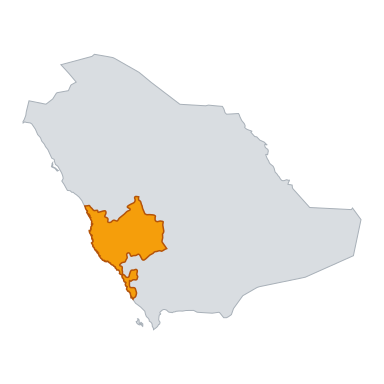 Makkah highlighted on a map of Saudi Arabia
{"feature_id": "SAU-888", "entity_name": "Makkah", "entity_type": "Region", "adm_level": 1, "iso_a3": "SAU", "parent_name": "Saudi Arabia", "parent_adm1": "", "projection": "albers", "projection_center": [40.65, 21.044], "detail": "fine", "context": "in_parent", "style": "filled", "palette": "amber", "viewbox_px": 384, "rotation_deg": 0, "n_neighbors": 0, "source": "natural_earth", "source_scale": "10m", "svg_char_len": 9346}
<svg xmlns="http://www.w3.org/2000/svg" viewBox="0 0 384 384"><path d="M305.3,277.2L259.4,286.7L257.0,287.5L242.8,295.7L233.5,308.6L231.4,314.6L230.2,315.5L228.3,316.8L226.5,317.7L223.7,317.7L220.2,313.3L219.3,312.4L218.5,312.3L212.3,313.2L199.3,312.4L197.1,312.2L194.2,310.7L193.5,310.4L192.7,310.4L186.0,310.5L182.6,311.1L179.4,311.0L176.1,311.3L174.9,311.9L173.6,311.9L172.8,312.4L172.1,312.7L171.2,312.3L170.2,312.4L168.6,312.0L167.6,311.1L166.7,310.2L165.7,309.8L164.6,309.5L163.6,309.5L162.4,310.0L161.7,310.6L159.9,312.3L159.8,312.9L160.7,313.9L160.4,314.4L159.3,315.0L159.0,316.6L158.9,317.5L158.7,319.7L159.3,321.3L159.9,321.9L160.0,322.6L159.6,324.1L158.6,324.5L157.9,325.9L157.4,326.5L156.7,327.3L153.5,329.7L153.4,328.3L152.3,326.3L152.2,324.8L151.8,323.3L150.9,322.2L149.3,321.1L149.1,319.5L147.9,317.9L146.4,316.6L145.5,314.3L144.8,311.2L140.7,307.1L135.6,303.3L134.1,301.2L131.5,296.9L130.2,293.4L126.9,289.5L126.7,287.9L126.2,286.1L125.4,284.0L124.9,282.4L121.6,275.2L120.5,274.1L119.5,272.5L119.3,271.2L119.0,270.6L116.6,269.4L114.4,266.4L107.8,261.6L104.6,261.1L102.0,259.4L100.2,257.1L98.2,253.2L94.7,249.0L91.7,243.1L92.7,241.0L92.6,239.4L91.8,236.9L90.8,234.9L90.1,233.0L90.7,230.4L90.9,227.4L91.5,225.8L92.0,224.1L91.4,220.6L90.5,218.7L90.6,217.4L89.5,216.8L88.6,215.4L89.5,215.5L87.9,213.6L87.2,212.5L86.6,209.9L85.8,208.0L83.2,203.5L82.0,200.8L79.2,197.2L76.2,194.6L74.3,193.4L73.4,192.3L71.8,192.3L70.1,190.7L68.9,190.6L67.4,190.4L65.7,187.4L64.2,184.6L61.8,181.0L62.4,180.1L63.2,178.5L62.9,176.6L62.5,175.2L61.5,172.7L58.0,166.5L57.0,165.6L55.5,164.5L54.6,161.8L54.2,159.4L51.8,158.2L47.8,149.5L45.4,146.5L44.5,144.4L41.7,141.0L40.5,137.7L37.7,134.6L35.4,129.2L31.8,123.9L30.2,122.9L26.3,122.4L24.7,121.9L23.1,123.0L23.0,121.6L24.2,119.6L25.8,115.4L26.3,111.7L29.0,100.8L45.4,104.1L46.2,104.0L52.7,99.0L56.3,93.3L57.1,92.7L68.2,90.7L68.5,90.4L70.8,85.3L71.1,85.0L71.4,84.7L76.2,82.1L68.7,73.2L60.9,64.7L91.6,56.5L92.1,56.3L94.4,54.3L107.7,56.6L112.9,57.6L114.6,58.4L139.0,72.3L151.1,82.3L179.8,104.2L180.2,104.3L205.7,105.8L208.4,105.1L215.4,105.8L222.4,106.4L223.9,109.0L224.5,110.9L225.0,112.6L226.5,114.2L232.3,113.9L238.5,113.5L239.4,115.1L239.9,116.7L241.7,120.5L244.1,123.4L244.7,124.5L245.2,126.1L244.8,126.8L244.7,127.5L246.5,129.1L249.4,130.3L250.5,130.6L251.8,131.2L250.9,132.2L252.7,134.3L254.7,136.5L256.8,136.9L259.8,140.1L264.2,142.1L266.9,144.8L266.7,144.9L265.9,144.7L265.0,144.3L264.7,144.7L264.8,145.9L265.2,147.3L266.5,148.5L267.8,149.3L268.3,151.0L267.6,154.7L267.3,154.7L266.7,154.4L266.0,154.4L265.7,154.6L266.6,157.2L267.5,159.1L268.5,160.6L269.4,162.9L270.2,163.9L273.1,166.2L274.1,168.2L275.1,172.0L277.0,174.0L278.0,175.6L279.3,177.0L280.3,178.8L281.5,180.2L282.2,180.6L283.1,180.7L284.2,180.6L285.5,180.1L286.9,179.7L288.1,180.3L289.3,180.1L289.4,180.8L288.7,181.8L287.9,184.3L289.3,184.6L290.6,184.7L291.6,185.0L292.1,185.0L292.2,185.5L292.4,187.7L292.8,188.6L309.7,207.5L351.3,209.6L351.5,209.5L352.5,208.0L361.0,219.6L353.4,255.7L305.3,277.2ZM139.8,323.8L141.1,323.9L140.5,323.4L140.4,323.1L141.0,322.3L142.8,323.9L142.8,325.9L142.7,326.4L142.1,325.9L141.8,325.5L141.7,325.1L141.2,324.6L139.4,324.9L138.2,324.4L136.6,322.8L136.2,321.6L136.9,321.3L137.6,320.8L138.0,319.8L137.6,318.8L138.5,319.0L139.1,320.0L139.2,322.3L139.3,322.7L139.1,323.3L139.8,323.8ZM57.6,171.0L57.1,171.0L56.1,169.8L55.4,168.9L54.8,168.3L51.8,167.0L51.4,166.3L51.8,165.5L52.2,166.3L52.7,166.7L55.2,167.9L57.9,170.3L58.4,170.5L57.6,171.0ZM52.8,165.1L52.7,165.3L52.0,164.7L52.1,163.4L52.7,162.6L52.6,163.7L52.9,164.7L52.8,165.1Z" fill="#d9dde1" stroke="#a8b0b8" stroke-width="1"/><path d="M133.0,299.2L132.7,298.8L132.6,298.5L132.3,298.3L132.4,298.0L131.8,297.9L132.0,297.7L131.7,297.4L131.3,297.4L131.5,297.1L131.5,296.9L131.4,296.8L131.5,296.6L131.4,296.5L130.9,296.5L130.9,295.9L130.6,295.1L130.4,294.2L130.3,293.2L130.0,292.9L129.9,292.5L129.2,292.0L129.0,291.4L128.5,291.1L128.2,291.3L127.6,291.0L127.0,289.8L126.5,289.1L126.6,288.6L127.2,286.7L126.6,286.3L125.9,286.1L125.7,285.4L125.3,284.9L125.3,284.6L125.6,283.8L125.7,283.1L125.9,282.6L125.8,282.4L125.5,282.2L124.4,281.8L124.2,281.6L123.7,280.6L123.8,280.0L123.6,279.2L123.3,279.0L123.2,278.5L123.0,278.3L122.3,277.8L122.3,277.4L122.1,277.1L122.0,276.5L122.0,276.3L122.3,275.8L122.2,275.7L122.1,275.0L120.3,274.2L119.4,273.4L119.0,273.1L119.6,273.3L119.7,272.6L119.6,271.7L119.5,271.3L118.8,270.2L118.4,270.0L117.3,269.9L117.1,270.1L117.3,270.5L117.1,270.3L116.8,269.9L116.7,269.4L115.8,268.3L115.2,267.8L115.4,267.3L115.3,266.9L115.1,266.8L113.8,266.1L113.7,265.9L113.4,265.7L113.0,265.1L112.0,264.9L111.7,264.7L110.9,264.1L110.3,263.4L110.4,263.1L110.1,262.9L109.2,262.7L108.6,262.0L108.6,261.9L107.9,261.3L107.6,261.2L107.2,261.2L106.5,261.4L106.4,261.6L104.9,260.8L105.0,261.2L105.6,261.6L105.2,261.6L103.4,260.4L102.5,260.1L102.3,259.5L100.7,258.1L99.7,256.5L99.4,256.2L99.7,256.1L99.9,255.9L99.4,255.7L99.0,255.3L98.7,254.4L98.2,253.8L98.1,253.5L98.4,253.1L97.6,252.8L97.7,253.1L98.0,253.2L97.6,253.1L97.3,252.9L97.1,252.6L97.2,252.3L97.0,252.2L97.1,251.9L97.3,252.1L97.6,252.2L97.5,251.6L97.2,251.6L97.0,251.3L96.9,251.3L96.8,251.6L96.0,251.0L95.7,250.6L95.7,250.2L96.0,250.4L96.0,250.1L95.9,250.0L95.5,249.8L95.0,249.9L94.5,248.9L94.4,248.2L94.1,247.9L94.1,247.5L93.0,246.7L92.7,245.6L93.0,245.2L92.3,244.0L92.0,243.9L91.5,243.0L92.8,241.9L93.0,241.5L93.0,240.9L92.9,240.4L92.7,240.1L92.9,239.9L92.8,239.6L92.6,239.1L92.4,239.4L92.2,239.5L91.9,238.9L92.0,238.8L91.8,238.4L91.7,236.9L91.5,236.4L91.6,236.1L92.0,235.9L92.1,235.4L91.9,235.2L91.7,235.7L91.4,235.8L91.3,235.4L90.9,235.1L90.8,234.5L90.6,234.3L90.0,233.4L89.5,232.3L89.2,230.8L89.2,230.5L89.7,230.4L90.1,230.9L90.4,230.9L90.5,230.0L90.9,229.7L91.1,228.7L91.1,228.3L90.8,228.9L90.7,228.7L90.9,228.0L90.9,227.3L91.0,226.8L91.6,226.2L91.7,225.5L92.2,225.0L92.4,224.5L92.7,224.1L92.7,223.9L92.5,223.6L92.3,223.6L91.9,224.5L91.5,224.5L91.5,224.0L91.7,223.3L91.6,222.4L91.8,221.4L91.6,220.9L91.1,220.0L90.2,218.2L90.3,218.0L90.7,217.6L89.6,216.4L89.9,217.0L90.1,217.7L90.0,217.8L89.3,216.6L88.9,216.1L88.1,214.6L88.1,214.4L88.6,214.6L89.1,215.8L89.5,216.0L89.9,215.7L89.5,214.9L89.1,214.6L88.8,214.0L87.8,213.6L87.5,213.7L87.3,213.4L86.9,212.6L87.1,212.5L87.4,212.0L87.3,210.7L87.1,210.6L86.9,210.9L86.2,209.5L85.9,209.2L85.4,208.0L85.3,207.2L84.9,206.3L84.8,206.0L87.4,205.8L89.0,205.5L89.4,205.6L89.7,205.9L90.4,207.0L91.9,208.4L93.1,209.9L93.5,210.2L93.9,210.5L94.4,210.6L96.8,210.3L97.3,210.3L97.6,210.5L97.9,211.8L98.0,212.1L98.4,212.3L99.6,212.0L103.1,211.0L104.6,210.8L105.3,210.9L105.6,211.2L105.8,211.5L105.9,212.1L106.0,212.7L105.8,213.8L104.8,215.9L104.8,216.3L104.8,216.6L105.0,216.9L106.9,217.7L107.5,218.2L107.8,218.5L107.9,218.9L108.0,219.6L107.7,221.4L107.8,221.8L108.0,222.1L108.4,222.3L109.4,222.5L110.1,222.4L110.6,222.3L111.0,222.1L112.6,220.7L113.3,220.3L113.8,220.2L114.2,220.2L116.7,221.0L117.1,221.0L117.4,220.8L117.9,220.3L119.0,218.5L119.7,217.8L124.3,214.1L126.5,211.9L127.4,211.2L129.7,210.2L130.0,209.9L130.2,209.4L130.1,209.0L129.8,208.7L127.7,207.5L127.4,207.2L127.3,206.9L127.5,206.4L128.0,205.9L128.7,205.4L130.8,204.2L133.6,202.9L134.4,202.2L134.8,201.5L135.1,200.6L135.1,199.5L134.6,198.0L134.6,197.6L134.7,197.3L134.9,196.9L135.6,196.5L136.6,196.5L138.7,196.8L138.5,198.4L138.6,199.5L138.7,199.9L139.1,200.3L140.0,200.9L140.3,201.2L140.7,201.8L141.5,204.6L142.1,205.9L142.6,208.4L144.7,213.4L145.1,213.9L145.5,214.1L146.2,214.5L147.1,214.7L149.6,214.6L153.1,214.9L154.3,215.2L155.1,215.7L155.4,216.1L155.4,216.5L155.1,217.5L155.1,219.8L155.2,220.2L155.6,220.8L155.9,221.2L156.3,221.4L157.4,221.7L159.7,221.1L160.4,221.0L162.7,221.4L163.0,221.6L163.2,221.9L162.8,224.5L162.8,225.3L163.8,231.1L163.7,231.5L163.7,231.8L163.5,232.6L162.6,233.9L162.5,234.2L162.7,237.5L162.6,238.3L162.0,240.9L162.0,241.6L162.3,242.3L166.7,248.6L165.0,249.3L162.4,250.9L161.8,251.1L161.4,251.2L160.3,250.8L159.4,250.7L158.2,251.0L156.8,251.5L155.6,251.6L155.0,251.7L154.5,252.0L154.1,252.2L153.1,253.3L149.8,255.1L145.7,258.9L144.3,259.9L143.7,260.0L143.2,260.1L142.9,260.0L142.2,259.5L141.9,259.1L139.9,255.2L139.0,254.4L138.3,254.2L137.9,254.3L136.4,255.2L135.7,255.5L133.4,255.6L131.6,256.2L131.3,256.2L130.8,255.9L130.6,255.6L129.9,253.8L129.6,253.4L129.3,253.1L128.8,252.9L128.0,252.9L127.3,253.3L126.8,254.0L126.7,254.3L126.7,255.1L127.1,256.8L127.2,257.5L127.1,258.0L125.9,260.1L125.3,261.6L124.9,261.9L124.5,262.1L122.5,262.5L121.6,262.9L119.9,264.5L119.7,264.8L119.7,265.1L119.8,265.4L120.0,265.7L120.4,265.9L121.6,266.3L122.0,266.7L122.2,267.1L122.3,267.8L122.1,270.0L122.5,271.5L122.4,273.3L122.7,274.0L123.1,274.4L124.4,275.1L124.8,275.5L125.8,276.9L126.6,277.3L127.0,277.4L127.8,277.4L128.5,277.1L128.8,276.8L129.1,276.2L129.5,274.3L130.5,271.4L131.0,270.7L131.3,270.3L132.0,270.1L133.5,270.1L134.1,270.0L135.3,269.5L136.0,269.4L136.3,269.5L136.7,269.7L137.2,270.4L137.3,270.7L137.3,271.5L136.8,273.7L136.8,274.2L136.9,275.0L137.6,276.2L137.7,276.6L137.7,277.0L137.0,279.2L136.8,279.5L136.2,279.8L135.7,279.9L133.9,279.7L133.1,279.8L132.0,280.4L130.9,281.2L130.6,281.1L129.7,280.6L129.5,280.8L129.5,281.1L129.4,285.2L129.6,286.3L129.9,287.0L130.2,287.3L130.9,287.6L133.4,287.6L134.1,287.7L134.8,288.0L135.3,288.6L136.5,292.6L136.5,293.6L135.9,295.8L135.6,296.5L135.1,297.1L133.8,297.9L133.3,298.5L133.0,299.2Z" fill="#f59e0b" stroke="#b45309" stroke-width="1.5"/></svg>